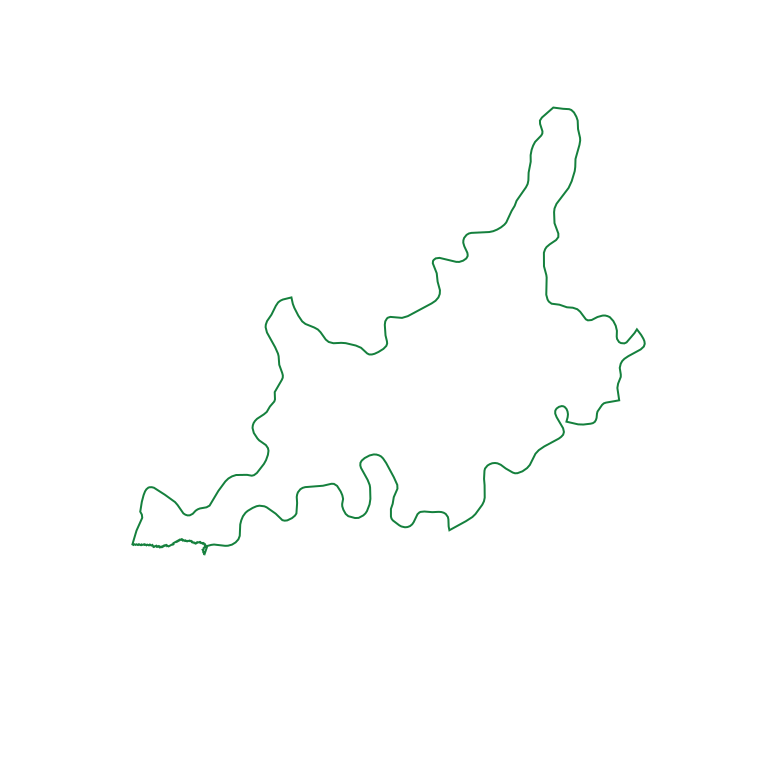 San Cristóbal, San Cristóbal, Dominican Republic, rotated 61°
{"feature_id": "3306468B49798152350174", "entity_name": "San Cristóbal", "entity_type": "district", "adm_level": 2, "iso_a3": "DOM", "parent_name": "Dominican Republic", "parent_adm1": "San Cristóbal", "projection": "robinson", "projection_center": [-70.119, 18.417], "detail": "fine", "context": "isolated", "style": "outline", "palette": "green", "viewbox_px": 768, "rotation_deg": 61, "n_neighbors": 0, "source": "geoboundaries", "source_scale": "gbopen_adm2", "svg_char_len": 6155}
<svg xmlns="http://www.w3.org/2000/svg" viewBox="0 0 768 768"><g transform="rotate(61 384 384)"><path d="M525.5,295.7L518.4,285.3L516.9,280.7L516.3,274.1L516.5,257.6L516.1,254.6L515.2,251.9L513.2,249.9L509.5,248.8L496.7,249.1L492.9,248.6L490.6,247.3L489.7,246.1L489.1,244.8L488.8,242.0L489.5,239.2L490.5,237.9L491.7,237.1L494.3,236.5L497.0,236.8L499.7,237.8L502.1,239.5L505.4,242.7L513.4,233.8L516.1,229.3L518.9,222.5L519.5,220.3L519.3,218.0L518.2,216.1L516.7,214.5L513.2,212.1L511.6,210.6L508.0,203.4L507.5,201.1L507.9,198.9L512.3,186.2L500.6,181.8L497.2,179.1L492.6,173.5L490.5,172.3L484.2,170.0L481.0,167.1L479.4,164.5L478.5,161.5L478.1,156.8L478.2,142.7L477.2,138.6L475.3,136.5L472.8,135.5L470.1,135.2L465.8,135.3L458.8,136.3L460.9,140.2L465.2,151.7L465.0,154.1L463.1,156.9L461.2,158.1L457.6,158.3L455.4,157.5L450.4,154.5L445.4,153.1L440.1,152.9L435.0,154.1L433.0,155.6L431.3,157.4L430.1,159.7L428.9,164.8L428.7,171.4L427.2,174.8L425.3,176.1L415.8,177.4L412.3,178.7L408.8,181.9L405.6,186.8L399.7,192.1L395.0,198.5L391.8,199.9L389.4,200.0L384.6,198.8L369.7,190.1L367.4,189.2L358.6,187.0L346.7,180.5L344.2,177.7L343.0,175.4L342.2,171.4L341.5,163.6L340.0,160.3L337.0,158.6L326.0,156.9L316.1,151.9L313.1,149.7L310.0,145.7L302.0,127.5L297.6,121.5L290.3,114.0L286.9,111.5L280.0,107.4L269.6,97.1L266.2,94.4L263.8,93.2L255.1,90.7L247.5,86.9L243.6,86.2L238.6,86.2L235.2,87.3L233.4,88.8L230.1,94.0L224.3,101.9L227.5,116.7L229.2,119.9L232.2,121.4L239.8,122.9L241.7,124.1L242.9,126.0L245.5,134.5L247.8,138.0L250.7,141.3L254.9,144.8L260.7,147.9L269.2,155.0L275.9,159.0L278.7,161.4L280.8,164.5L288.0,179.2L291.5,183.3L294.5,188.5L302.0,198.8L303.0,201.5L303.7,205.7L303.8,210.1L303.3,214.4L302.1,218.3L294.2,234.3L293.5,236.8L293.6,239.5L295.1,243.1L296.8,244.9L298.9,246.2L302.5,247.0L309.7,247.5L311.8,248.3L312.8,249.0L314.1,251.2L314.5,255.0L313.7,259.0L312.2,261.6L300.6,274.3L299.2,277.9L299.6,280.4L300.2,281.5L302.1,282.8L312.7,284.2L320.5,287.5L329.1,289.6L332.3,291.6L334.7,294.5L336.2,298.6L336.6,303.2L336.2,330.3L334.9,336.2L328.4,345.9L327.9,348.4L328.1,349.6L329.8,352.5L332.6,354.6L342.2,359.1L348.0,360.7L350.1,361.6L351.8,363.5L353.0,367.5L353.3,373.3L353.0,377.6L352.3,380.3L351.0,382.6L349.1,383.9L341.2,386.5L336.7,390.0L329.7,397.7L327.3,401.4L323.8,408.5L320.4,412.0L316.9,413.4L308.0,414.4L304.3,415.4L300.8,417.6L293.4,423.6L289.6,425.2L282.6,425.8L273.9,425.5L269.7,424.9L263.4,423.0L261.1,431.5L260.9,434.2L261.3,437.0L263.2,440.7L268.8,448.8L272.3,455.8L274.8,458.6L276.9,460.0L282.2,461.4L299.1,461.4L306.0,462.0L308.6,462.7L316.4,466.3L325.1,467.7L327.4,468.3L329.4,469.5L330.8,471.3L338.1,483.5L344.6,486.8L346.1,488.4L348.4,494.7L351.6,500.1L352.3,503.8L352.9,511.9L353.7,514.6L354.9,516.9L356.6,518.8L358.7,520.3L363.7,521.6L370.3,521.1L372.8,520.5L380.2,516.9L383.9,516.6L386.4,517.4L389.7,519.9L393.4,524.1L395.7,527.8L400.2,538.3L400.7,541.9L400.1,544.1L397.0,547.9L391.9,557.5L391.1,561.7L391.2,565.9L392.3,570.0L397.2,580.7L405.8,595.5L405.8,599.0L403.6,605.4L403.3,607.8L403.5,610.2L404.8,614.2L404.7,617.5L403.7,619.5L402.0,621.1L399.9,622.2L389.8,623.2L386.0,624.0L374.7,629.3L363.2,635.5L361.7,637.1L360.6,639.2L360.4,640.4L360.9,642.9L362.1,645.1L364.6,648.1L369.6,652.9L377.5,659.1L380.8,659.1L383.8,660.3L392.2,671.5L402.3,681.8L402.8,681.5L402.8,681.0L403.3,681.0L403.3,679.8L404.3,679.2L404.3,678.1L405.3,677.5L405.3,676.3L405.8,676.3L405.8,675.7L406.8,675.1L406.8,674.0L407.4,674.0L407.9,671.6L408.4,671.6L408.4,671.0L408.9,671.0L409.4,669.9L409.9,669.9L409.9,668.7L410.9,668.1L410.9,666.9L411.4,666.9L411.4,666.3L412.5,665.8L412.5,664.6L414.5,664.6L414.5,664.0L415.0,664.0L415.0,661.7L416.0,661.7L416.0,661.1L416.5,661.1L416.5,659.9L417.0,659.9L417.0,659.3L418.1,659.3L418.1,658.1L418.6,658.1L418.6,657.0L419.1,657.0L419.1,655.8L418.6,655.8L418.6,654.6L419.1,654.6L419.1,652.9L419.6,652.9L419.6,652.3L420.6,652.3L420.6,651.7L421.6,651.1L421.6,646.4L422.1,646.4L422.1,645.8L421.1,645.3L421.1,641.7L421.6,641.7L421.6,641.1L421.1,641.1L421.1,640.0L421.6,640.0L421.6,638.8L421.1,638.8L421.1,638.2L421.6,638.2L421.6,636.5L422.1,636.5L422.1,635.9L423.2,635.9L423.2,635.3L423.7,635.3L424.2,634.1L424.7,634.1L424.7,633.5L425.2,633.5L425.7,632.4L426.2,632.4L426.7,630.0L427.2,630.0L427.7,628.8L428.8,628.8L428.8,628.3L429.8,628.3L430.3,627.1L431.3,627.1L431.8,625.9L432.3,625.9L432.3,624.7L431.8,624.7L431.8,624.2L432.3,624.2L432.8,621.8L433.4,621.8L433.4,621.2L434.4,621.2L434.9,620.1L435.4,620.1L435.4,619.5L435.9,619.5L435.9,618.9L437.4,618.9L437.4,618.3L438.5,618.3L438.5,618.9L439.5,618.9L439.5,619.5L440.0,619.5L440.0,621.2L441.0,621.8L441.0,623.0L443.5,623.0L443.5,623.6L444.0,623.6L444.0,623.0L445.1,623.6L445.1,623.0L445.4,623.0L440.0,617.0L441.0,613.0L442.0,610.5L448.5,601.4L449.8,598.9L450.8,594.8L450.6,590.6L449.3,586.7L446.9,583.8L437.1,577.8L434.0,574.9L431.3,571.5L429.5,567.6L428.9,564.8L428.7,559.0L429.1,554.8L430.0,552.0L433.0,547.9L435.0,546.4L444.9,541.6L453.8,538.9L455.4,537.1L456.4,534.7L456.7,529.5L456.0,525.7L454.8,523.4L446.0,517.7L440.5,515.1L438.6,513.6L437.0,511.8L435.5,508.2L435.4,505.5L436.0,502.9L443.4,486.7L445.8,478.3L447.1,476.2L450.4,474.4L457.1,474.0L461.1,474.4L464.7,475.5L468.7,478.8L470.7,479.8L474.2,480.5L479.1,480.5L482.3,479.3L487.2,474.3L488.8,471.1L488.9,465.8L488.2,463.0L486.9,460.5L482.3,455.0L477.9,451.6L467.9,446.4L465.4,445.5L459.9,444.8L446.2,444.8L443.7,444.2L441.5,442.8L440.2,440.6L439.4,436.8L439.5,431.3L440.6,427.2L442.0,424.9L443.8,423.1L445.9,421.7L448.6,420.9L454.2,420.4L470.4,420.6L478.7,421.3L482.1,423.0L487.7,430.3L493.0,434.5L496.6,438.5L503.3,442.2L505.4,442.7L507.6,442.4L514.9,439.2L517.0,437.9L519.5,435.1L520.5,432.8L520.9,430.1L520.4,427.4L519.2,425.0L514.1,417.8L513.5,415.3L513.6,414.0L515.1,410.5L519.5,403.9L522.4,398.0L523.8,395.9L525.5,394.2L527.6,393.0L531.3,392.6L533.6,393.3L539.9,396.5L543.6,397.7L543.7,378.9L543.2,371.2L542.1,367.1L537.2,356.5L535.0,353.4L532.2,351.0L521.3,345.1L515.5,342.5L508.6,338.2L506.9,336.6L505.5,333.0L505.4,330.4L505.8,327.7L506.9,325.2L508.4,323.2L511.3,321.0L516.9,318.5L523.9,314.3L525.6,312.7L526.7,310.5L527.5,305.2L526.9,299.6L525.5,295.7Z" fill="none" stroke="#15803d" stroke-width="2"/></g></svg>